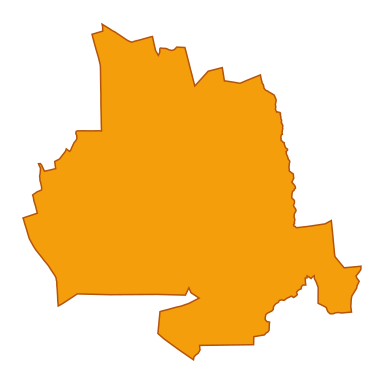 the district of Gilgil, Rift Valley, Kenya
{"feature_id": "3690345B90072985927430", "entity_name": "Gilgil", "entity_type": "district", "adm_level": 2, "iso_a3": "KEN", "parent_name": "Kenya", "parent_adm1": "Rift Valley", "projection": "mercator", "projection_center": [36.311, -0.527], "detail": "fine", "context": "isolated", "style": "filled", "palette": "amber", "viewbox_px": 384, "rotation_deg": 0, "n_neighbors": 0, "source": "geoboundaries", "source_scale": "gbopen_adm2", "svg_char_len": 5910}
<svg xmlns="http://www.w3.org/2000/svg" viewBox="0 0 384 384"><path d="M102.1,24.2L102.2,24.8L102.6,26.5L102.7,31.1L92.0,34.3L93.9,41.6L96.0,49.2L98.4,57.2L100.3,65.1L100.5,70.3L100.6,78.1L100.7,86.1L100.9,93.9L100.9,101.3L101.0,108.9L101.2,116.6L101.3,124.1L101.5,130.9L99.0,130.8L89.7,130.9L81.6,130.8L77.2,130.9L76.2,131.4L75.8,133.6L76.7,135.4L76.8,137.2L77.0,138.4L76.2,139.9L75.7,140.8L75.3,141.3L74.2,142.4L73.9,143.0L73.6,143.7L72.8,145.3L72.1,146.8L71.8,147.5L71.5,148.2L70.7,150.2L69.6,151.4L66.3,148.9L65.4,151.4L59.5,159.0L54.7,161.5L55.1,164.6L55.7,168.6L50.5,169.9L44.5,171.2L43.5,169.2L41.7,165.3L40.4,163.6L38.5,163.7L39.5,166.3L40.4,167.8L40.4,170.0L40.1,173.7L39.6,176.0L39.9,178.5L40.0,180.8L40.7,182.8L41.1,184.8L41.7,187.8L41.4,190.1L37.3,191.7L32.6,195.0L33.4,197.5L33.6,199.3L34.1,201.6L34.9,204.0L35.6,206.3L37.3,213.2L23.0,218.0L23.8,220.3L24.7,223.6L26.0,227.6L27.5,232.7L29.3,238.7L33.3,245.9L35.8,249.9L40.4,255.6L42.4,258.2L43.9,260.2L45.5,262.1L48.5,265.8L50.5,269.0L54.7,275.3L56.0,277.7L56.4,280.5L56.7,281.2L56.8,282.0L56.8,283.7L56.8,284.6L57.1,288.5L57.2,289.4L57.5,294.4L57.7,298.7L57.8,301.4L58.1,304.0L58.2,306.0L62.7,303.5L77.3,293.9L110.2,294.7L156.9,294.4L172.9,294.8L185.4,295.1L188.9,287.8L191.0,292.7L199.1,298.1L188.9,303.4L185.4,304.6L181.2,306.1L175.8,307.3L167.6,309.6L163.5,310.6L160.0,311.6L157.9,333.5L163.9,338.8L166.2,340.5L179.1,349.9L193.5,359.8L193.9,357.1L195.8,355.0L198.3,353.1L200.0,350.0L199.7,347.2L199.6,345.4L238.6,344.9L253.6,344.7L253.8,336.7L264.4,334.9L266.0,333.1L268.0,331.8L269.1,330.1L269.2,327.8L269.3,324.6L269.6,322.1L266.9,321.6L265.2,319.6L265.3,317.0L265.9,314.5L267.7,313.0L270.0,311.9L272.0,310.9L273.3,309.4L273.4,307.1L274.4,305.3L276.0,303.6L278.4,302.3L279.4,300.4L281.3,299.9L282.0,299.9L283.4,300.3L284.1,300.3L285.0,299.8L286.6,298.4L288.8,297.4L291.4,296.1L293.6,297.5L295.7,296.2L297.3,294.7L296.5,292.3L297.9,290.5L299.5,289.5L301.1,288.9L301.4,286.7L302.8,285.1L305.8,285.0L305.5,282.8L305.3,280.2L305.3,278.0L307.0,277.9L307.1,275.9L309.1,277.2L311.1,278.5L312.2,277.2L314.2,275.7L314.4,278.6L316.1,281.8L318.2,287.5L318.1,297.7L318.1,303.3L322.4,305.4L326.3,307.5L326.8,309.2L327.8,311.6L329.9,313.7L331.7,313.8L333.4,313.7L335.2,312.9L338.0,312.5L341.7,313.0L347.0,312.5L351.5,312.1L351.1,308.7L350.8,306.8L351.1,301.8L351.2,299.8L351.5,297.7L351.9,295.9L356.7,288.1L357.0,285.9L359.2,281.3L357.5,279.0L357.0,278.3L356.7,277.6L356.0,275.9L357.3,274.4L359.2,272.0L360.8,269.6L361.0,266.2L357.2,266.6L344.1,267.8L340.3,263.2L335.0,256.7L334.6,254.5L334.3,251.4L333.0,237.4L332.5,232.2L331.3,220.5L326.9,222.9L325.9,223.4L324.9,223.9L318.3,224.9L316.2,225.2L315.5,225.3L308.1,226.4L296.7,227.7L295.7,227.2L295.0,226.3L293.8,226.0L293.6,225.3L293.6,224.4L294.4,223.9L294.6,223.0L294.2,222.2L294.7,220.8L294.8,219.9L294.8,219.1L294.6,218.6L294.3,217.7L294.0,216.9L294.2,216.0L294.2,215.1L294.3,214.0L295.1,212.4L295.8,211.4L296.0,210.6L295.8,209.4L295.4,208.7L294.9,208.0L294.2,207.1L293.5,205.6L293.7,204.8L294.1,203.8L294.5,202.8L294.4,201.4L294.4,200.6L293.5,199.4L292.9,199.0L292.2,198.5L291.7,197.0L291.8,196.2L291.9,195.2L292.0,194.5L292.0,193.8L292.3,192.7L292.4,191.9L292.6,191.4L293.2,191.0L293.8,190.6L294.2,190.0L294.2,189.3L294.9,188.8L295.5,188.2L295.3,187.6L295.3,186.7L294.9,185.9L294.4,185.2L293.9,184.5L293.0,183.5L292.3,182.8L291.8,182.1L292.3,181.5L292.5,180.9L292.7,180.2L293.1,179.7L293.8,178.1L293.6,177.4L293.5,176.4L293.5,175.6L293.3,174.7L293.4,174.1L292.8,173.5L291.8,173.0L290.9,172.3L290.3,171.6L289.6,171.3L289.2,170.9L289.2,170.1L289.3,169.3L289.1,168.5L289.0,167.5L288.8,166.8L289.2,166.1L289.1,165.4L289.2,164.7L289.5,162.9L289.6,162.2L289.8,161.3L289.3,160.6L288.8,159.8L288.3,159.2L288.2,158.4L287.8,157.8L287.7,157.1L287.5,156.2L286.8,155.2L286.6,154.2L286.2,153.5L286.3,152.9L286.3,152.3L286.0,151.7L287.2,150.5L287.6,150.0L287.5,149.3L287.0,148.7L286.1,148.3L285.5,147.5L285.1,146.6L284.8,145.9L284.6,145.0L284.3,144.1L284.2,143.4L284.2,142.7L283.4,142.4L282.8,142.1L282.5,141.4L281.2,140.6L281.0,139.8L281.2,138.8L281.0,138.0L280.8,137.4L280.9,136.5L281.4,134.9L282.4,134.3L282.2,133.3L282.0,132.6L282.3,131.6L282.4,130.4L282.5,129.5L282.8,128.7L282.6,127.5L282.6,126.8L282.8,126.1L282.8,125.3L282.3,124.5L281.9,123.7L281.9,123.2L281.3,122.7L281.4,122.0L281.5,121.4L281.6,120.7L281.5,119.8L281.1,119.1L280.9,118.5L280.7,117.8L280.9,116.8L280.5,115.7L280.5,114.6L280.1,113.9L280.5,113.2L279.9,112.5L279.0,112.3L278.3,112.1L277.6,111.9L276.7,112.1L276.4,111.4L276.1,110.9L275.7,110.1L275.4,109.1L275.7,107.7L275.8,106.7L275.6,105.7L275.4,104.6L275.5,103.8L275.7,102.8L275.9,102.0L276.0,101.3L276.2,100.6L276.0,99.5L275.7,98.6L275.4,98.0L275.2,97.4L274.8,96.6L274.5,95.8L274.2,95.2L273.4,94.6L272.5,94.0L271.9,93.7L271.1,93.2L270.3,92.8L269.6,92.3L268.7,91.9L268.1,91.3L267.4,90.9L266.7,90.7L266.0,90.4L265.1,89.6L264.6,88.9L264.1,88.4L263.8,87.1L263.7,86.1L263.5,85.3L263.3,84.7L262.9,84.1L262.4,83.4L262.1,82.9L262.0,82.3L261.9,81.4L261.6,80.6L261.4,79.8L261.2,79.0L261.1,78.5L260.9,77.7L260.7,76.7L260.6,75.7L260.4,74.9L246.8,80.4L240.3,83.2L239.5,83.2L231.2,81.8L225.8,81.0L225.1,80.9L224.4,80.9L222.3,67.6L208.2,71.2L194.8,86.0L193.3,80.3L191.9,74.7L190.5,69.5L189.1,63.8L188.5,61.5L187.8,58.8L186.5,53.6L184.9,47.5L176.7,47.1L174.7,49.3L174.0,49.7L173.1,50.1L172.3,50.3L171.7,50.5L171.0,50.4L170.3,50.0L169.4,50.0L167.2,48.9L166.4,48.7L165.8,48.5L165.0,48.3L164.1,48.4L163.4,48.4L162.4,48.2L161.5,48.2L160.8,48.0L160.2,48.2L159.9,48.8L159.7,49.7L159.9,50.8L159.8,51.6L159.7,52.2L159.6,52.8L159.3,53.4L158.9,54.3L158.3,55.4L156.0,51.3L155.7,50.7L155.4,50.0L155.2,48.7L155.0,48.0L154.6,46.3L154.4,45.7L154.3,45.0L154.0,43.9L153.7,42.3L152.8,38.1L152.6,37.3L152.5,36.5L150.2,37.0L147.1,37.9L143.5,38.9L139.6,40.0L137.4,40.5L135.0,41.1L131.6,42.2L127.8,40.6L125.5,39.1L119.3,34.9L115.0,32.0L111.9,30.4L109.6,28.8L102.1,24.2Z" fill="#f59e0b" stroke="#b45309" stroke-width="1.5"/></svg>